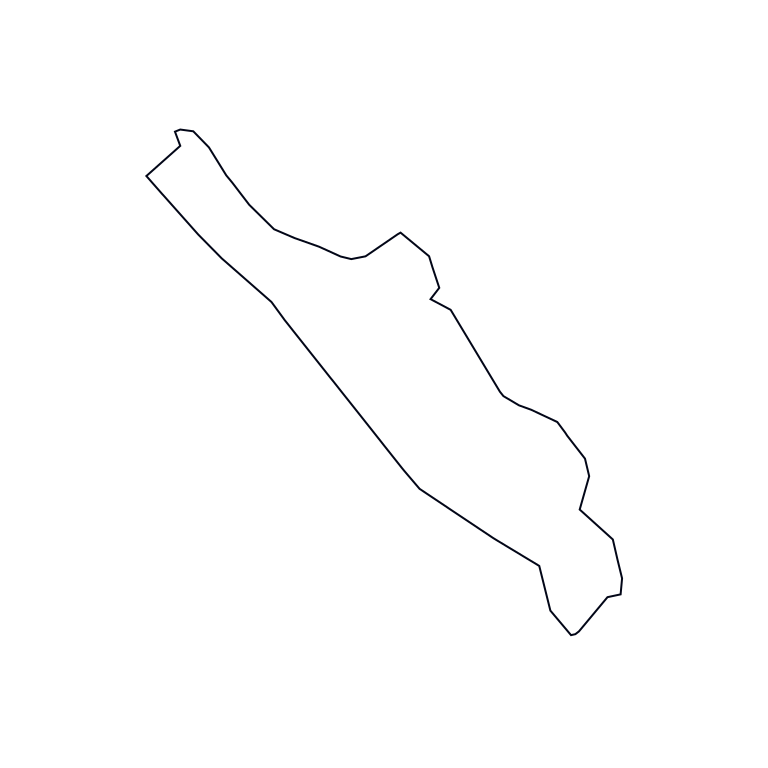 New York, New York, United States of America, rotated 293°
{"feature_id": "52423323B68557587713523", "entity_name": "New York", "entity_type": "district", "adm_level": 2, "iso_a3": "USA", "parent_name": "United States of America", "parent_adm1": "New York", "projection": "mercator", "projection_center": [-73.969, 40.781], "detail": "fine", "context": "isolated", "style": "outline", "palette": "ink", "viewbox_px": 768, "rotation_deg": 293, "n_neighbors": 0, "source": "geoboundaries", "source_scale": "gbopen_adm2", "svg_char_len": 967}
<svg xmlns="http://www.w3.org/2000/svg" viewBox="0 0 768 768"><g transform="rotate(293 384 384)"><path d="M529.8,340.1L527.2,338.1L494.3,317.1L486.2,305.1L484.4,294.2L485.0,270.5L483.4,244.7L483.5,222.3L496.3,189.9L510.1,165.6L514.4,157.3L533.4,130.4L542.1,109.7L538.6,97.0L534.6,93.0L523.6,103.4L482.6,84.0L472.0,106.0L471.9,106.3L449.0,154.6L436.2,185.6L415.5,248.4L404.7,266.5L404.4,266.9L400.0,275.0L397.3,279.9L368.9,332.0L367.0,335.6L359.4,349.5L346.4,373.4L329.3,404.7L327.3,408.3L313.8,433.1L311.8,436.9L310.3,439.9L301.4,457.7L294.3,494.9L287.9,528.6L285.0,544.0L284.9,544.5L284.0,550.4L277.2,598.0L240.4,625.7L225.9,654.3L228.5,657.9L232.4,660.1L275.1,673.0L282.8,684.0L298.1,679.1L313.5,667.6L330.3,655.4L344.9,613.2L379.3,608.9L393.8,598.2L408.0,572.8L410.1,569.7L416.7,558.4L417.8,529.5L417.1,516.6L419.5,498.7L422.2,493.7L478.3,416.4L480.3,393.7L494.1,397.3L510.5,382.9L519.2,375.6L529.8,340.1Z" fill="none" stroke="#020617" stroke-width="2"/></g></svg>